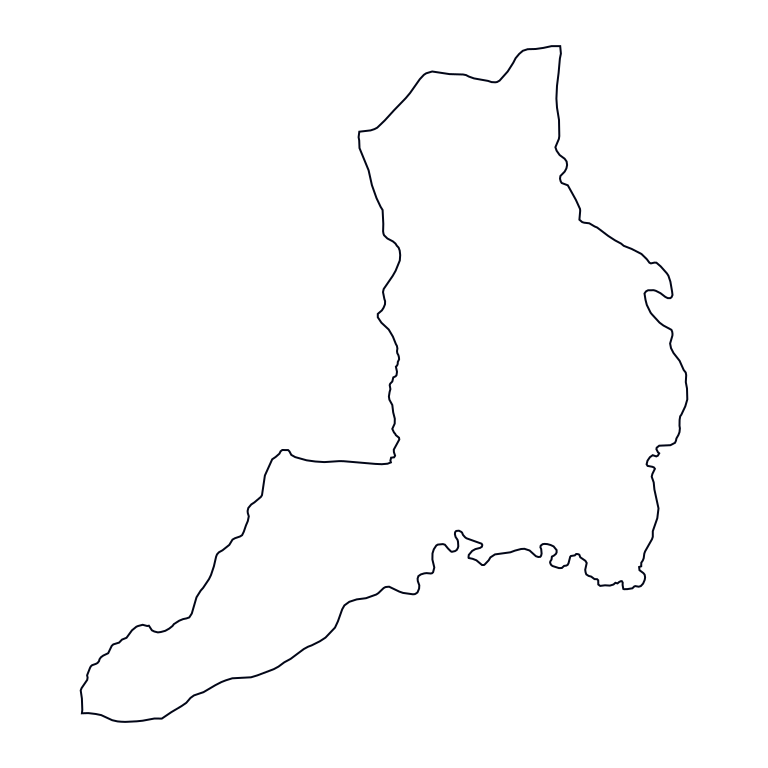 outline of Liquiçá, Liquica, East Timor
{"feature_id": "22284137B50300896823957", "entity_name": "Liquiçá", "entity_type": "district", "adm_level": 2, "iso_a3": "TLS", "parent_name": "East Timor", "parent_adm1": "Liquica", "projection": "albers", "projection_center": [125.317, -8.659], "detail": "fine", "context": "isolated", "style": "outline", "palette": "ink", "viewbox_px": 768, "rotation_deg": 0, "n_neighbors": 0, "source": "geoboundaries", "source_scale": "gbopen_adm2", "svg_char_len": 6078}
<svg xmlns="http://www.w3.org/2000/svg" viewBox="0 0 768 768"><path d="M560.2,46.1L551.7,46.1L543.4,47.9L535.6,49.0L527.7,49.2L522.8,50.8L519.2,53.9L515.6,58.2L513.3,62.7L507.7,71.5L499.6,80.6L497.1,82.0L495.4,82.3L491.6,82.1L488.0,80.9L474.0,78.4L468.7,76.5L466.1,75.1L463.1,74.5L449.5,74.1L432.2,71.5L426.2,73.3L423.9,74.8L419.8,79.2L410.0,93.1L405.7,98.2L394.0,110.3L384.8,120.4L377.2,127.7L374.5,129.1L370.6,130.4L359.3,131.7L358.6,137.2L359.2,140.4L359.5,148.1L368.6,170.3L371.9,185.1L376.5,198.1L380.6,206.8L382.6,210.0L383.3,223.9L383.1,231.4L383.5,233.8L384.1,235.3L387.4,238.5L392.9,241.4L395.5,243.6L396.8,245.7L398.6,247.6L399.7,250.6L400.2,255.1L399.8,260.5L395.6,270.8L392.7,275.9L383.7,289.0L383.0,292.1L384.4,299.1L385.1,301.2L385.0,304.3L383.6,307.7L381.9,310.4L377.8,313.9L377.8,317.3L381.4,322.7L388.7,329.5L392.9,336.6L395.9,344.1L396.9,345.9L397.4,348.5L397.0,351.1L397.3,353.2L398.4,355.2L398.9,357.1L399.1,359.3L397.8,362.0L397.7,364.0L397.1,365.5L395.9,366.7L397.0,371.8L396.5,375.2L395.6,376.3L393.3,377.4L392.3,381.5L390.2,383.7L389.7,385.1L390.4,389.1L389.6,392.0L388.9,396.5L389.4,399.7L392.3,405.0L393.2,412.4L394.8,418.7L394.7,423.6L392.3,428.9L394.0,432.5L395.1,433.7L395.9,435.2L399.0,437.7L399.3,439.5L393.8,449.6L393.9,452.1L395.1,455.7L394.1,457.3L391.1,457.7L390.4,460.6L390.9,462.4L387.6,463.7L381.8,464.2L375.2,463.9L343.5,461.2L339.5,461.1L324.4,462.1L315.3,461.5L306.6,460.3L295.2,457.1L291.3,454.9L289.5,451.5L288.2,450.1L282.3,450.0L280.6,451.3L279.4,453.7L275.6,457.0L272.2,459.3L264.9,475.5L262.0,495.1L261.0,496.8L254.4,502.4L251.2,504.5L248.3,508.0L247.6,511.0L247.8,513.1L248.8,516.3L247.8,521.1L246.0,525.3L243.8,531.7L242.1,535.2L240.0,536.5L235.0,538.2L232.5,539.6L229.3,544.9L222.5,550.3L218.9,552.3L217.0,554.4L216.1,556.7L213.9,566.3L211.0,575.0L209.0,579.1L203.1,587.9L200.7,590.6L196.5,597.3L191.8,613.5L189.3,617.4L186.5,618.4L183.1,619.1L179.2,620.7L173.9,624.1L172.5,626.0L169.2,628.6L165.3,630.8L160.9,632.0L157.9,632.4L154.3,631.5L151.9,630.3L148.9,625.7L147.2,626.0L142.7,624.8L138.1,626.0L136.4,626.7L132.0,630.3L126.5,637.8L122.0,639.6L119.1,642.6L113.3,644.4L111.7,645.9L108.2,653.2L103.2,655.6L100.9,657.3L99.5,659.3L99.0,661.2L97.5,663.0L95.8,663.9L92.1,665.2L90.8,666.4L90.0,667.9L87.1,675.3L87.6,677.6L87.2,679.9L81.6,688.1L80.7,690.4L81.9,698.6L82.3,709.9L81.9,713.3L88.3,713.1L95.8,714.0L101.2,715.1L112.2,720.2L117.5,721.4L120.9,721.7L125.2,721.9L136.9,721.3L142.7,720.7L154.5,718.5L161.8,718.6L171.4,712.1L181.5,706.1L186.3,702.8L190.5,697.9L194.0,695.4L203.6,692.1L215.3,685.2L221.3,682.1L225.9,680.3L232.3,678.3L251.0,677.3L257.3,675.4L273.9,669.1L278.5,666.6L284.3,662.3L290.6,658.9L303.7,649.1L308.1,646.7L311.6,645.4L319.8,641.3L325.5,637.6L335.0,627.6L337.9,621.4L342.2,609.3L344.4,605.4L349.3,601.8L356.7,599.4L366.0,598.2L376.3,594.5L378.4,593.1L383.6,588.1L385.4,587.1L386.9,586.9L389.1,586.7L399.3,591.6L403.0,592.9L413.0,594.3L414.9,594.1L416.3,593.3L417.5,592.4L419.1,588.6L419.3,585.3L417.8,581.1L417.6,578.6L418.4,576.1L420.9,574.4L424.2,573.4L426.5,573.1L430.8,573.5L432.1,573.2L433.1,572.2L434.3,567.5L432.4,559.5L432.5,553.4L433.8,549.3L436.3,545.5L437.8,544.6L442.9,544.1L444.9,544.7L448.0,548.5L450.9,551.4L451.9,551.8L455.0,551.1L456.7,550.0L457.8,548.1L458.3,546.3L458.0,541.7L457.5,539.8L455.6,537.0L454.9,534.2L455.1,532.3L455.9,531.2L456.7,530.9L458.9,530.7L461.3,531.9L462.1,532.7L463.0,534.9L465.1,537.3L466.5,538.3L481.6,543.7L482.3,545.0L481.9,546.7L480.1,547.9L475.4,549.1L472.2,550.9L468.8,554.9L468.5,557.3L468.7,558.0L472.6,558.8L476.4,560.3L482.0,565.0L484.0,565.0L484.7,564.5L488.7,560.3L490.4,557.4L495.0,554.4L510.4,552.3L515.0,550.6L521.1,549.0L524.4,548.8L529.6,550.5L535.9,556.2L538.3,557.0L540.3,556.8L541.1,555.7L541.6,553.6L541.2,549.1L540.4,547.3L540.7,545.7L542.6,544.2L544.4,543.9L547.3,544.1L550.6,545.0L553.6,546.4L556.6,550.1L556.6,552.4L555.9,553.9L553.9,555.6L551.9,556.6L551.5,559.6L550.3,561.4L550.1,562.7L550.9,564.6L551.6,565.3L552.5,566.0L559.0,568.1L561.8,568.0L564.1,565.9L566.3,565.6L567.6,564.9L568.5,563.3L570.2,556.8L570.9,556.0L574.8,555.4L576.2,554.0L577.9,554.1L579.3,554.7L580.3,557.3L585.4,560.8L586.7,563.0L585.2,569.8L585.6,572.4L586.3,574.4L588.6,575.9L591.2,576.6L594.5,579.1L597.1,579.2L598.2,580.3L598.3,584.5L600.2,585.9L605.0,585.3L609.9,585.6L613.5,584.5L615.4,582.8L617.5,583.4L619.3,581.9L621.1,581.1L621.9,581.2L622.7,582.6L622.6,585.0L623.3,588.9L624.1,589.2L627.4,589.1L632.4,588.3L634.2,586.5L635.3,586.1L638.7,586.7L640.8,586.1L643.1,583.6L644.7,579.9L645.1,577.4L644.8,575.5L644.6,574.6L643.4,573.1L639.5,570.2L639.1,567.0L641.2,566.3L641.3,562.7L642.8,560.5L643.7,558.2L644.3,553.6L645.1,551.4L652.0,539.2L652.8,536.8L652.8,531.2L657.3,518.2L658.5,508.4L654.4,489.5L653.7,482.4L651.7,476.7L652.4,473.9L654.9,468.8L654.0,467.5L652.4,466.8L647.6,465.9L646.6,464.3L647.5,460.7L649.9,457.2L652.7,455.2L656.3,456.4L657.9,455.6L659.2,453.3L658.0,452.3L656.4,449.2L656.7,447.7L659.2,445.7L670.4,445.2L675.0,442.8L676.0,440.6L676.4,438.5L678.4,435.0L679.5,432.1L679.9,428.3L679.5,425.8L679.6,419.9L680.2,416.3L681.3,414.8L685.3,406.3L687.3,399.4L687.0,388.5L685.8,382.1L686.2,375.1L685.7,372.5L683.7,370.0L679.6,360.8L673.5,353.0L671.0,348.1L670.1,343.5L672.4,335.6L672.5,333.9L672.2,331.7L671.4,329.8L663.4,325.5L659.5,322.6L651.8,314.2L650.6,312.7L646.8,304.9L645.5,299.8L644.5,293.5L646.0,291.4L648.0,290.3L653.7,290.2L655.8,290.8L660.5,293.2L665.3,296.9L667.7,298.1L670.4,298.1L671.6,297.1L672.5,295.0L672.1,291.7L670.4,281.7L668.4,275.7L666.9,273.4L660.7,266.4L656.4,262.7L654.5,262.6L650.9,263.4L649.4,262.7L646.9,259.3L641.5,254.0L631.6,248.9L623.7,245.8L621.1,243.6L615.1,240.4L608.2,235.9L597.1,227.5L594.7,226.5L589.3,223.3L584.2,222.7L582.2,222.1L579.4,219.7L580.2,210.8L580.0,208.9L575.9,199.9L567.8,185.3L561.7,183.0L560.7,181.4L560.0,178.7L560.4,176.0L564.7,171.6L566.4,168.4L567.1,165.0L566.6,161.5L564.7,158.8L559.6,155.0L556.6,150.7L555.4,147.2L558.9,138.9L559.3,136.1L559.0,119.9L557.0,107.6L556.4,98.6L557.0,85.8L558.6,72.9L559.9,58.5L560.9,53.6L560.2,46.1Z" fill="none" stroke="#020617" stroke-width="2"/></svg>